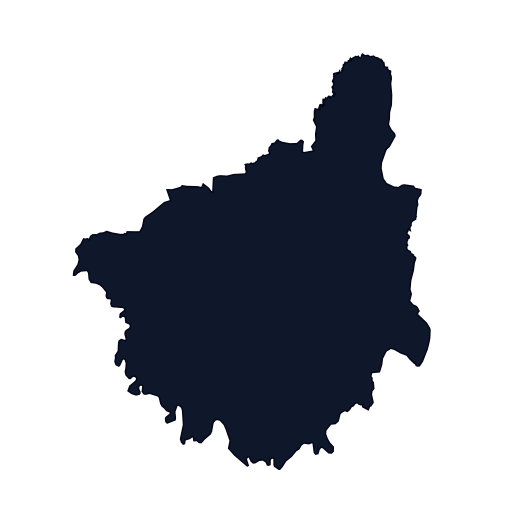 outline of Tham Phannara, Nakhon Si Thammarat, Thailand, rotated 5°
{"feature_id": "78962969B12652914635488", "entity_name": "Tham Phannara", "entity_type": "district", "adm_level": 2, "iso_a3": "THA", "parent_name": "Thailand", "parent_adm1": "Nakhon Si Thammarat", "projection": "natural_earth1", "projection_center": [99.386, 8.47], "detail": "fine", "context": "isolated", "style": "filled", "palette": "ink", "viewbox_px": 512, "rotation_deg": 5, "n_neighbors": 0, "source": "geoboundaries", "source_scale": "gbopen_adm2", "svg_char_len": 6050}
<svg xmlns="http://www.w3.org/2000/svg" viewBox="0 0 512 512"><g transform="rotate(5 256 256)"><path d="M355.8,46.7L352.1,47.6L350.1,46.4L347.0,47.1L344.6,45.6L344.1,46.0L343.1,49.9L341.8,49.6L340.5,48.1L339.3,49.0L338.0,48.5L334.8,50.8L334.8,51.5L334.0,51.3L333.8,52.4L332.8,51.0L332.3,52.6L332.8,53.2L331.0,53.5L330.9,55.2L327.8,55.3L327.4,57.4L326.5,57.7L326.4,60.3L325.5,61.8L326.7,61.8L326.8,62.4L326.3,63.3L325.2,63.6L325.9,64.4L325.7,64.9L323.8,66.0L323.2,64.8L322.8,66.8L320.9,67.8L320.6,67.4L321.5,66.2L317.7,67.5L317.5,68.5L318.1,69.4L317.7,70.7L318.4,71.3L317.0,75.3L317.4,76.0L318.2,76.2L318.4,78.3L318.2,79.7L317.1,81.1L318.3,83.4L318.0,86.0L318.9,86.9L320.3,86.8L320.7,88.2L319.4,88.4L319.7,90.0L318.6,89.4L316.9,91.7L315.8,90.6L315.4,90.7L315.7,91.5L314.6,90.6L312.4,93.1L311.5,92.5L310.8,94.6L309.3,94.0L309.1,95.0L309.8,95.8L309.2,96.9L310.1,97.6L309.3,99.0L310.7,98.8L311.0,99.6L310.3,99.6L309.9,100.6L309.0,100.3L309.1,101.1L308.5,100.7L307.9,101.2L307.4,99.5L306.6,99.8L305.8,103.1L306.9,103.1L306.9,104.9L306.3,105.3L305.7,104.7L302.1,104.2L301.6,106.6L302.2,112.9L301.5,115.6L305.3,122.0L304.8,129.1L305.8,135.9L301.9,142.0L304.4,146.4L295.4,148.8L293.1,148.7L292.8,141.2L293.1,138.0L291.4,136.8L290.4,136.9L287.2,140.5L280.0,141.4L272.0,140.6L268.7,139.5L267.7,138.5L267.0,138.8L264.8,142.1L262.2,142.7L261.3,145.2L259.9,146.7L259.6,150.3L260.7,151.9L260.2,153.5L256.0,155.4L254.3,154.9L253.0,156.7L249.7,158.2L249.2,161.6L248.1,161.8L247.2,163.4L245.6,163.9L245.2,164.7L243.5,163.9L242.4,164.2L241.7,165.3L239.9,165.1L237.3,165.8L238.2,167.3L237.9,168.6L238.4,171.2L239.1,171.7L238.9,174.4L238.3,175.3L226.7,176.9L220.3,179.1L213.5,179.3L210.3,180.1L206.9,181.9L207.5,196.3L205.5,195.7L202.8,192.6L197.1,188.9L196.0,192.7L191.7,192.2L180.9,192.8L176.3,192.5L175.7,193.7L174.0,194.7L166.6,197.5L161.6,197.8L166.2,208.3L160.1,210.8L149.5,221.3L142.6,227.0L141.3,228.9L140.5,236.6L138.2,242.2L125.5,243.2L125.1,245.7L123.4,245.1L122.1,246.2L118.9,246.5L110.8,245.8L105.1,244.6L101.9,246.4L98.5,247.0L95.6,248.8L91.6,249.1L89.6,250.8L88.3,254.5L86.8,253.5L84.6,254.2L82.8,254.0L80.5,259.8L76.1,264.6L76.1,267.5L79.2,271.2L80.3,275.1L79.5,280.1L76.0,286.8L75.9,291.0L77.3,291.0L79.8,288.3L83.0,286.1L89.1,285.1L90.8,287.3L91.9,293.6L94.1,296.6L99.1,296.9L102.9,298.1L105.8,300.1L110.0,304.4L110.5,305.3L110.3,308.8L111.0,310.6L112.1,311.2L115.2,311.2L115.9,311.9L115.6,316.2L116.5,318.4L118.0,318.9L127.8,318.8L129.9,319.7L129.7,321.9L125.9,325.5L125.7,328.7L126.3,329.1L128.4,327.4L130.4,327.6L131.3,328.9L132.2,333.4L136.0,334.7L136.9,335.9L137.0,337.6L136.4,339.1L133.1,341.7L132.4,343.1L132.3,345.0L133.9,349.5L133.9,351.4L133.0,351.8L129.0,350.9L127.1,352.6L126.8,354.6L127.1,362.9L124.6,367.5L125.1,369.9L124.7,373.4L126.1,376.5L128.9,377.6L129.8,376.4L131.8,370.6L133.1,369.9L134.6,370.3L136.2,374.1L136.3,379.1L135.9,382.7L136.9,385.8L140.4,389.1L141.5,388.9L143.2,387.0L144.5,386.3L146.6,386.7L147.8,388.1L147.9,389.4L147.0,391.3L141.7,396.6L140.3,401.5L144.1,403.7L148.5,404.8L151.6,403.9L152.3,402.8L152.2,401.6L150.7,398.9L150.4,396.8L151.3,394.9L152.8,394.4L154.7,395.1L154.5,400.8L156.3,403.0L157.7,403.3L162.1,402.0L170.7,403.9L172.1,405.4L174.0,411.3L175.6,413.7L178.1,415.3L180.3,417.7L184.5,419.1L184.3,420.9L180.5,424.6L180.1,425.6L180.7,428.9L182.1,430.1L189.7,426.3L189.8,424.4L188.6,418.3L190.2,412.0L191.4,411.1L194.2,412.5L195.4,413.8L196.4,416.6L198.5,430.4L196.8,444.9L198.0,447.8L199.8,449.7L201.1,449.2L201.3,445.4L205.7,443.6L208.3,441.4L209.4,441.8L210.3,445.4L213.3,444.9L215.5,446.7L217.6,446.7L220.5,442.8L225.9,437.3L226.9,434.5L227.6,426.6L228.3,424.8L230.0,422.6L232.1,422.2L234.7,422.7L239.1,426.8L241.8,431.9L246.4,442.3L245.5,450.0L252.0,456.1L265.6,465.9L266.5,465.3L264.1,459.6L264.3,458.1L265.6,456.6L266.8,456.9L269.2,460.9L271.3,462.4L273.1,462.0L277.0,459.2L280.8,458.5L284.1,460.4L285.6,463.2L286.2,463.4L288.1,462.6L287.8,457.8L288.6,456.4L290.0,455.7L291.3,456.1L291.8,457.0L292.2,462.4L292.8,463.8L297.3,466.4L298.3,466.3L300.4,463.5L303.4,457.6L308.7,452.5L312.8,446.5L315.5,444.5L317.7,439.9L320.2,438.1L324.9,438.4L328.0,436.9L329.2,437.2L331.3,446.8L332.7,448.2L334.9,447.4L335.7,443.1L337.4,440.8L339.4,441.0L345.6,445.7L348.4,445.7L349.9,443.8L349.6,439.5L345.7,436.0L342.8,431.8L340.7,427.2L340.7,423.4L345.1,416.9L349.6,416.0L352.2,413.2L353.3,406.2L354.6,404.3L358.0,402.1L360.4,402.9L362.5,400.9L364.2,397.6L365.8,396.9L367.3,394.6L368.9,393.5L369.8,393.2L371.3,394.5L373.5,395.1L375.3,394.8L375.4,396.9L381.2,399.4L382.2,395.9L383.5,395.2L385.4,391.7L383.0,384.1L383.1,380.6L384.9,377.8L383.8,371.7L382.5,370.6L382.1,367.4L380.8,366.0L381.4,362.0L389.0,360.6L390.6,353.4L390.8,347.0L393.8,339.5L398.2,336.2L402.0,336.8L408.5,339.8L414.9,341.6L418.8,345.6L423.2,349.1L424.0,349.1L424.6,349.6L424.5,350.4L426.1,351.5L428.3,351.2L430.9,346.5L434.6,334.0L435.7,327.2L436.1,322.4L435.8,314.6L435.0,312.6L431.6,308.0L422.0,300.3L422.0,298.4L423.2,296.7L421.1,293.3L419.6,292.1L416.7,291.2L412.8,287.5L413.9,281.1L413.8,279.8L412.2,276.1L412.2,266.8L413.9,256.7L414.2,249.2L415.3,244.3L414.9,243.5L413.2,242.7L412.7,241.3L411.6,240.6L410.8,240.8L409.6,239.3L409.4,238.2L406.5,237.0L405.3,235.2L405.5,232.8L406.1,231.9L405.1,230.5L405.1,227.9L405.7,226.7L405.6,225.4L406.8,225.0L407.1,223.6L406.3,222.2L404.3,221.0L404.5,218.8L405.2,217.9L404.8,216.6L405.5,216.0L407.4,217.0L406.6,214.6L407.8,212.0L407.6,209.9L408.3,207.8L411.8,205.4L411.6,203.6L412.2,202.9L411.8,201.7L411.9,193.3L412.6,191.1L411.7,186.6L412.7,183.1L413.8,181.9L414.7,179.6L414.6,175.6L408.3,174.8L406.7,172.8L397.6,172.3L395.5,172.8L392.2,175.4L387.3,175.4L379.5,172.5L375.8,168.0L372.8,157.5L372.8,152.0L375.9,139.7L376.8,137.8L379.2,135.2L384.0,124.3L383.3,122.2L379.6,118.7L376.8,114.3L376.4,112.7L376.8,108.0L376.4,101.1L377.6,93.7L377.0,83.5L375.0,72.4L375.3,67.6L374.8,64.8L374.0,63.5L373.9,60.1L371.6,59.4L370.7,58.2L370.5,56.6L367.5,56.6L366.4,52.1L364.8,51.4L364.6,50.2L363.7,50.0L363.2,49.1L362.5,49.6L360.1,48.1L357.1,47.7L355.8,46.7Z" fill="#0f172a" stroke="#020617" stroke-width="1.5"/></g></svg>